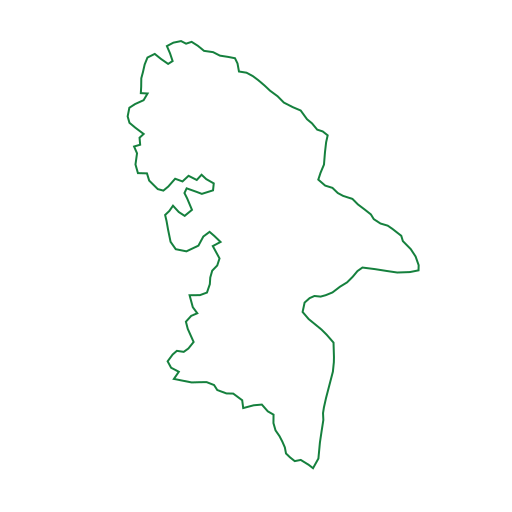 outline of Porto Amazonas, Paraná, Brazil, rotated 105°
{"feature_id": "56859067B80853054664555", "entity_name": "Porto Amazonas", "entity_type": "district", "adm_level": 2, "iso_a3": "BRA", "parent_name": "Brazil", "parent_adm1": "Paraná", "projection": "albers", "projection_center": [-49.893, -25.527], "detail": "fine", "context": "isolated", "style": "outline", "palette": "green", "viewbox_px": 512, "rotation_deg": 105, "n_neighbors": 0, "source": "geoboundaries", "source_scale": "gbopen_adm2", "svg_char_len": 2382}
<svg xmlns="http://www.w3.org/2000/svg" viewBox="0 0 512 512"><g transform="rotate(105 256 256)"><path d="M446.2,146.0L435.5,143.3L419.5,146.0L408.2,147.3L397.0,148.5L390.4,150.6L384.7,151.2L375.1,151.6L347.8,151.8L338.5,153.3L333.6,154.5L319.6,158.7L313.8,167.3L310.1,173.7L303.3,188.8L298.0,196.5L288.4,197.0L282.8,193.3L279.5,189.2L278.5,183.1L275.8,178.5L271.4,172.7L263.9,166.9L257.9,161.2L251.0,157.2L244.3,154.1L239.6,150.2L237.9,137.8L236.6,125.6L235.4,115.3L231.7,103.2L227.8,95.3L222.8,96.5L215.2,101.7L209.3,108.3L203.6,118.0L198.9,120.9L194.6,131.0L192.6,136.6L192.4,144.2L189.9,151.8L186.1,155.8L183.0,163.0L179.8,170.9L175.9,177.6L175.4,187.4L174.0,193.3L170.4,199.8L170.1,207.4L166.1,215.6L158.9,215.2L150.1,214.0L138.1,216.2L128.0,217.7L120.9,218.0L118.4,223.8L118.1,229.6L113.4,236.2L110.7,242.1L103.9,250.5L102.7,259.0L100.6,268.8L96.1,276.5L92.7,285.2L89.1,291.9L85.5,299.5L83.1,305.5L81.4,312.6L82.2,320.2L74.8,323.7L70.4,327.5L70.9,334.4L71.8,342.7L70.2,350.2L71.3,359.3L68.0,366.6L65.8,373.6L69.0,378.5L67.8,384.0L71.3,391.0L76.3,396.4L82.5,391.5L89.3,387.0L93.2,390.6L90.2,398.9L87.0,406.1L92.4,412.2L99.8,413.1L107.7,412.8L114.0,412.8L122.3,410.7L128.5,409.4L127.1,402.8L134.6,404.9L140.6,412.2L145.6,416.7L154.4,416.1L160.1,412.7L163.3,405.8L167.2,396.1L171.9,399.1L178.5,396.7L181.8,402.1L187.6,397.5L198.8,396.1L206.5,391.5L204.4,382.7L210.8,378.7L216.8,368.2L216.8,362.4L211.6,358.7L202.3,354.1L203.0,346.3L196.0,341.9L197.9,332.9L191.6,329.6L194.6,324.0L196.8,315.6L203.7,314.5L210.0,324.4L209.4,330.4L208.6,340.5L213.7,341.4L218.2,337.4L228.0,329.8L235.7,335.3L233.5,342.0L228.9,349.2L235.0,351.4L239.9,354.4L245.5,351.4L253.2,347.8L264.4,342.2L270.2,335.3L269.5,324.4L260.9,314.3L250.8,311.9L244.7,307.1L247.5,301.3L251.6,293.9L257.6,300.3L267.8,290.6L275.2,291.0L281.5,294.5L288.6,294.6L295.2,293.3L304.0,293.9L308.3,300.0L311.1,310.0L321.8,303.8L326.5,297.9L330.6,303.1L337.6,306.7L344.0,303.1L355.2,294.0L362.9,297.4L367.3,301.0L368.1,307.9L372.7,311.0L380.6,314.1L385.9,309.1L387.8,300.6L396.0,303.5L394.8,285.5L392.7,278.5L390.6,271.1L391.5,263.1L395.5,258.7L396.4,249.0L394.8,242.4L398.9,232.0L406.2,229.0L400.8,219.6L398.0,211.9L403.0,204.4L404.7,198.0L412.9,195.9L419.4,192.0L423.9,186.7L428.5,182.5L433.4,178.6L439.0,175.9L441.7,171.0L444.1,165.5L441.4,160.0L444.1,151.0L446.2,146.0Z" fill="none" stroke="#15803d" stroke-width="2"/></g></svg>